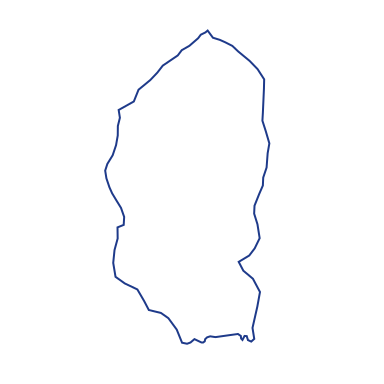 Myonggan, Hamgyŏng-bukto, North Korea (Natural Earth projection), rotated 81°
{"feature_id": "82179303B68633969029735", "entity_name": "Myonggan", "entity_type": "district", "adm_level": 2, "iso_a3": "PRK", "parent_name": "North Korea", "parent_adm1": "Hamgyŏng-bukto", "projection": "natural_earth1", "projection_center": [129.442, 41.157], "detail": "fine", "context": "isolated", "style": "outline", "palette": "blue", "viewbox_px": 384, "rotation_deg": 81, "n_neighbors": 0, "source": "geoboundaries", "source_scale": "gbopen_adm2", "svg_char_len": 1258}
<svg xmlns="http://www.w3.org/2000/svg" viewBox="0 0 384 384"><g transform="rotate(81 192 192)"><path d="M99.5,251.6L102.7,251.6L107.4,251.6L115.2,254.9L124.6,256.5L133.9,259.7L143.3,264.6L151.0,271.2L157.3,274.4L165.1,274.4L174.5,272.8L180.8,271.1L188.7,267.9L196.6,264.6L206.0,262.9L213.8,264.6L215.3,271.1L226.3,272.7L237.2,277.6L249.7,280.9L263.8,280.8L271.8,272.7L279.7,261.2L292.3,256.3L301.8,253.1L306.6,241.6L312.9,235.1L325.5,228.6L339.3,225.4L341.1,220.6L340.4,217.0L337.7,212.6L342.1,206.2L342.4,204.6L341.5,202.8L339.4,202.0L337.9,199.8L337.4,196.6L338.6,192.8L339.0,191.4L339.4,168.9L341.8,166.3L344.4,166.4L346.0,165.3L342.4,162.6L342.9,160.5L347.0,159.9L349.0,156.9L346.8,153.5L335.7,153.5L315.4,145.4L301.4,140.5L287.2,145.4L277.8,153.6L268.3,156.8L263.7,145.4L257.5,138.9L248.2,132.4L234.1,132.4L223.1,134.0L215.3,132.4L204.4,125.9L196.7,121.0L188.9,119.4L179.5,114.5L165.5,111.2L156.1,108.0L143.6,109.6L132.6,111.3L124.8,109.6L101.3,104.8L92.0,103.1L80.9,108.0L71.5,114.6L60.4,124.4L54.0,129.3L49.3,135.8L46.1,140.7L42.9,147.2L35.0,151.3L36.5,153.8L38.0,158.7L41.1,161.9L47.2,171.7L50.3,179.9L54.9,184.7L58.0,191.3L62.6,201.1L68.7,207.6L74.9,215.7L82.6,228.8L93.5,235.3L99.5,251.6Z" fill="none" stroke="#1e3a8a" stroke-width="2"/></g></svg>